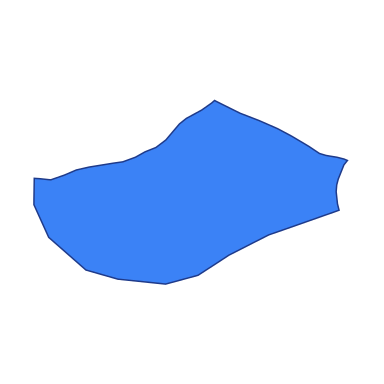 the district of Derniere Riviere/Morne Panache, Dennery, Saint Lucia, rotated 352°
{"feature_id": "8701671B48498321599703", "entity_name": "Derniere Riviere/Morne Panache", "entity_type": "district", "adm_level": 2, "iso_a3": "LCA", "parent_name": "Saint Lucia", "parent_adm1": "Dennery", "projection": "orthographic", "projection_center": [-60.929, 13.953], "detail": "fine", "context": "isolated", "style": "filled", "palette": "blue", "viewbox_px": 384, "rotation_deg": 352, "n_neighbors": 0, "source": "geoboundaries", "source_scale": "gbopen_adm2", "svg_char_len": 937}
<svg xmlns="http://www.w3.org/2000/svg" viewBox="0 0 384 384"><g transform="rotate(352 192 192)"><path d="M350.3,182.4L348.1,181.1L347.3,180.6L340.5,177.8L333.4,175.6L329.7,174.4L323.6,171.6L319.1,167.6L314.2,163.2L298.6,150.7L286.0,141.5L285.1,140.9L268.2,130.5L250.6,120.7L234.4,109.6L228.3,105.4L227.1,104.5L225.7,105.4L223.9,106.6L216.7,110.3L213.0,112.2L196.7,118.3L189.1,122.8L182.0,129.1L173.4,136.8L162.5,142.9L151.1,145.7L145.7,147.8L140.8,149.7L131.0,151.8L127.7,152.5L120.1,152.5L118.1,152.5L93.5,153.0L81.6,154.0L80.5,154.1L77.2,155.0L68.0,157.5L53.9,160.3L51.7,159.8L42.5,157.5L39.5,156.9L37.7,156.5L34.4,177.7L33.7,182.6L43.8,217.0L76.1,254.5L106.5,268.0L153.0,279.5L153.9,279.4L186.4,275.3L212.1,263.3L219.7,259.7L245.8,250.7L262.2,245.1L276.5,242.3L319.8,233.6L329.9,231.6L335.1,230.5L334.4,224.0L334.8,211.8L336.3,205.1L338.6,199.6L346.2,186.3L350.3,182.4Z" fill="#3b82f6" stroke="#1e3a8a" stroke-width="1.5"/></g></svg>